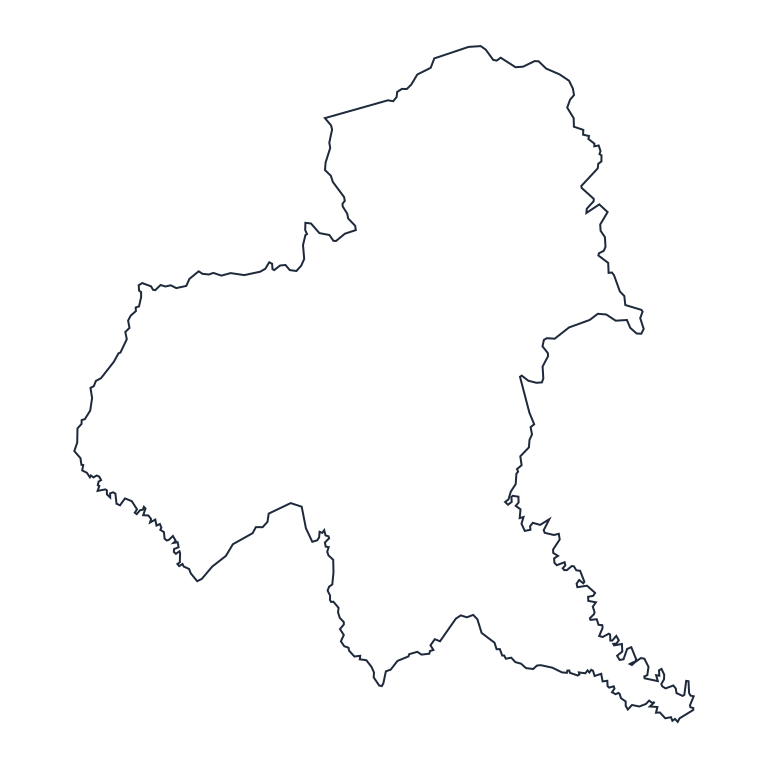 Unaí, Minas Gerais, Brazil (Robinson projection)
{"feature_id": "56859067B95951765675764", "entity_name": "Unaí", "entity_type": "district", "adm_level": 2, "iso_a3": "BRA", "parent_name": "Brazil", "parent_adm1": "Minas Gerais", "projection": "robinson", "projection_center": [-46.723, -16.386], "detail": "fine", "context": "isolated", "style": "outline", "palette": "slate", "viewbox_px": 768, "rotation_deg": 0, "n_neighbors": 0, "source": "geoboundaries", "source_scale": "gbopen_adm2", "svg_char_len": 6078}
<svg xmlns="http://www.w3.org/2000/svg" viewBox="0 0 768 768"><path d="M569.1,80.8L559.6,74.4L546.2,68.6L538.6,61.3L534.6,61.1L523.0,66.7L515.5,67.2L500.7,57.7L496.7,60.6L493.2,59.9L485.7,49.6L480.7,46.1L468.6,46.9L434.3,58.4L430.7,67.8L417.3,74.5L411.2,84.7L406.8,89.0L401.9,88.9L397.2,91.9L396.6,97.1L393.2,101.2L387.9,100.3L324.9,118.1L331.0,125.3L332.1,129.5L329.3,142.7L330.2,148.0L325.6,162.5L325.0,170.1L330.8,175.7L332.9,182.0L344.1,197.1L344.8,200.8L342.5,203.8L342.7,206.5L347.2,213.6L348.2,218.5L355.2,225.8L355.8,230.1L344.9,233.7L336.0,241.0L333.4,240.8L329.4,235.0L319.4,233.1L311.0,223.5L305.4,222.8L305.2,230.0L307.0,234.1L305.4,235.1L303.0,245.1L304.2,258.9L301.2,265.7L296.4,271.0L289.8,270.1L285.5,265.0L280.1,265.5L274.2,270.1L272.5,269.1L272.1,263.8L269.2,262.3L265.3,268.8L260.2,271.7L244.3,275.1L230.6,273.1L221.4,275.6L213.3,272.9L208.9,274.5L202.4,273.8L198.7,271.3L189.4,278.9L186.3,285.9L176.3,288.1L170.8,285.3L165.4,286.5L160.6,285.0L155.2,290.2L153.1,289.8L151.0,286.3L142.2,283.1L138.7,285.2L139.1,290.7L141.1,292.1L141.1,297.3L139.0,306.4L135.7,307.5L135.9,311.1L130.7,315.6L128.1,320.6L129.5,327.9L125.3,332.0L126.8,339.2L120.4,352.6L118.5,353.3L113.9,361.7L101.0,378.2L95.9,380.9L93.8,386.2L90.5,387.9L92.1,398.1L90.2,410.6L84.8,419.2L81.7,420.0L81.5,424.0L77.5,428.4L77.2,442.7L74.3,451.1L80.5,458.2L81.4,464.8L83.2,465.0L82.2,470.4L86.9,472.8L89.9,477.3L90.9,475.5L93.5,477.4L96.6,475.5L99.2,476.6L101.1,480.1L98.6,481.6L97.8,485.2L99.3,485.9L97.6,490.9L105.4,489.4L106.9,490.4L106.9,494.4L110.2,497.5L110.1,493.4L113.1,492.3L115.4,493.6L116.5,503.7L120.0,505.3L125.0,498.4L131.8,501.2L137.0,509.3L134.8,512.7L136.7,514.1L140.1,510.2L142.8,509.7L143.9,506.8L145.5,508.5L143.2,515.2L148.4,515.5L151.1,519.0L150.0,522.5L155.3,519.6L156.5,525.6L159.9,524.0L161.4,527.7L160.3,529.8L163.9,532.1L164.6,538.7L166.8,540.5L168.9,539.8L172.9,536.0L175.7,540.8L173.5,542.9L177.6,542.2L178.6,547.2L174.0,549.1L173.9,552.0L175.9,553.8L179.5,551.3L180.1,553.2L179.8,562.4L177.4,564.0L179.2,566.1L182.5,564.0L183.7,566.5L189.1,569.0L190.8,573.4L197.2,581.2L201.8,578.9L212.2,566.6L225.9,555.9L232.9,544.2L252.6,533.2L255.9,527.1L262.6,527.2L267.5,521.8L268.7,513.6L290.7,503.1L301.7,506.7L305.9,528.2L312.3,541.8L317.2,540.3L319.1,537.5L319.6,531.8L322.2,532.9L324.2,530.2L325.5,535.4L328.5,536.3L329.1,538.3L324.9,542.5L325.7,546.6L328.7,547.1L327.2,551.8L328.5,555.4L333.2,559.8L333.5,572.2L332.3,584.4L329.1,586.7L327.6,590.6L330.1,595.6L330.0,600.0L331.2,602.0L333.4,601.7L338.6,607.9L338.0,612.3L339.8,617.9L343.8,622.1L343.8,624.5L340.0,629.1L343.8,635.0L340.9,641.3L344.2,646.2L348.5,647.7L349.1,650.7L354.4,656.5L360.2,655.8L359.8,659.3L366.3,660.2L371.4,666.7L374.0,672.5L373.7,677.4L379.2,685.5L381.8,686.1L383.3,683.5L385.9,671.3L390.6,669.7L397.5,660.9L408.5,656.4L409.2,654.2L417.3,651.8L421.5,654.6L429.3,653.7L430.0,651.0L433.4,650.0L430.5,645.3L434.8,639.2L440.0,641.3L455.9,618.6L460.8,615.4L466.9,617.3L473.2,614.9L477.4,619.3L481.6,632.9L494.5,642.7L496.6,649.2L499.8,649.1L502.2,655.5L504.2,655.5L505.8,658.7L511.3,657.7L515.3,662.1L521.1,663.7L526.0,668.1L533.1,669.0L537.1,665.5L540.9,665.2L552.4,667.7L562.0,672.4L566.9,672.8L567.4,670.5L569.3,670.5L569.9,672.8L577.7,675.5L579.4,674.4L578.9,672.4L585.3,673.3L587.6,670.4L589.4,672.5L591.3,669.8L593.0,670.8L594.6,676.0L601.2,673.8L602.6,681.4L607.3,680.8L607.6,686.2L609.2,687.6L613.7,686.3L614.5,688.6L612.0,692.2L615.6,694.2L618.4,692.9L619.7,694.0L620.9,698.1L625.7,701.5L625.7,705.9L627.8,709.5L632.0,705.0L639.4,706.5L646.0,703.9L649.1,700.6L652.2,702.9L654.6,702.1L649.9,706.5L657.4,707.0L656.0,712.7L659.9,712.5L665.3,718.3L671.0,717.2L672.4,720.8L675.0,718.9L677.7,721.9L679.6,718.3L693.2,710.0L693.3,708.1L690.4,707.2L690.0,705.2L693.7,696.3L690.5,695.6L689.1,693.1L688.5,681.2L686.2,680.9L684.3,694.9L682.6,695.9L676.5,693.1L675.8,688.5L673.3,685.5L665.6,688.4L662.2,686.3L661.3,684.1L664.0,679.4L664.2,674.7L661.5,668.9L659.0,670.4L659.3,675.7L656.1,675.2L657.8,681.1L644.6,678.3L644.3,676.5L647.3,675.1L648.5,666.9L644.4,658.7L640.8,658.1L635.1,662.1L636.1,659.1L631.3,647.2L627.1,649.0L623.5,659.3L619.6,659.9L617.1,655.8L622.3,651.5L621.9,644.0L614.1,645.4L613.3,643.9L616.4,643.6L618.8,640.3L616.3,635.9L612.2,640.6L610.3,640.5L610.1,634.5L608.8,633.7L602.7,637.0L599.2,636.0L602.6,627.9L602.3,625.2L598.5,624.8L596.7,619.2L590.5,619.9L589.9,618.2L593.9,614.3L594.6,612.3L592.8,606.7L595.9,602.3L588.3,600.9L588.1,596.8L593.2,595.8L595.1,592.9L587.0,585.7L577.4,587.2L576.6,583.7L579.2,580.0L583.3,583.3L584.4,581.8L580.1,570.8L576.3,570.3L573.9,566.3L571.7,566.1L566.9,570.1L564.3,570.1L562.7,568.3L565.3,565.4L564.6,562.2L556.8,565.2L554.4,562.8L554.1,558.4L558.0,555.9L553.2,552.9L553.1,549.5L559.7,539.5L558.8,533.8L553.9,535.0L544.7,532.8L543.7,530.2L549.3,519.2L540.1,524.9L532.8,522.8L530.1,526.2L530.4,529.8L524.8,530.9L521.5,523.8L523.5,517.0L519.7,518.1L520.5,509.3L515.7,505.9L518.6,502.5L518.4,496.7L512.7,495.8L511.4,497.1L511.7,501.9L508.0,504.7L505.1,502.0L508.5,499.4L510.8,491.6L515.7,484.1L516.4,473.7L518.1,471.7L517.0,469.1L521.6,465.2L520.3,456.3L528.9,447.4L529.5,439.9L532.0,434.5L530.6,427.1L534.2,424.3L529.4,412.7L520.0,376.8L521.7,375.6L528.3,380.7L536.4,382.8L541.9,382.4L543.3,378.5L542.6,366.5L548.1,356.1L547.8,353.0L542.5,346.4L543.9,339.9L546.8,338.2L554.7,338.7L569.1,327.4L589.8,319.9L597.8,313.8L606.3,314.5L615.7,320.7L626.9,320.0L630.3,327.9L636.6,333.5L641.3,333.7L643.7,328.9L640.2,318.1L642.6,311.7L641.5,309.9L625.3,305.0L624.3,296.0L619.9,291.5L614.0,275.2L611.9,272.5L608.6,272.9L608.2,262.9L598.4,255.5L598.9,253.3L603.8,250.8L605.5,246.8L604.9,237.1L600.6,230.8L600.2,224.5L607.6,212.1L599.3,204.4L586.4,213.0L586.8,208.7L593.6,201.3L593.8,198.9L581.7,188.0L581.3,186.0L597.7,168.4L598.3,163.7L601.4,161.5L601.5,155.4L599.5,154.1L600.5,151.1L598.7,145.5L594.3,146.3L594.4,143.6L588.4,139.0L589.0,136.0L583.1,134.7L583.3,129.9L573.9,126.7L573.7,118.2L567.2,107.6L570.1,99.6L574.0,95.1L572.9,88.6L569.1,80.8ZM635.1,662.1L631.9,665.0L629.8,664.0L633.3,662.2L635.1,662.1Z" fill="none" stroke="#1e293b" stroke-width="2"/></svg>